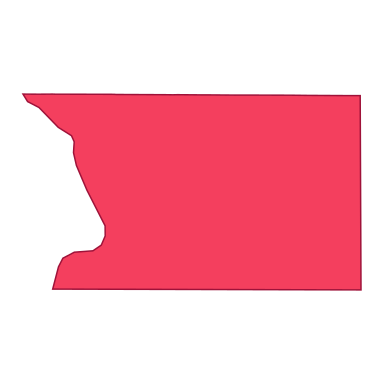 the district of Campbell, South Dakota, United States of America
{"feature_id": "52423323B49875103288406", "entity_name": "Campbell", "entity_type": "district", "adm_level": 2, "iso_a3": "USA", "parent_name": "United States of America", "parent_adm1": "South Dakota", "projection": "equal_earth", "projection_center": [-100.191, 45.769], "detail": "fine", "context": "isolated", "style": "filled", "palette": "rose", "viewbox_px": 384, "rotation_deg": 0, "n_neighbors": 0, "source": "geoboundaries", "source_scale": "gbopen_adm2", "svg_char_len": 625}
<svg xmlns="http://www.w3.org/2000/svg" viewBox="0 0 384 384"><path d="M360.2,95.6L347.3,95.6L346.7,95.6L346.2,95.6L308.1,95.4L290.3,95.2L290.2,95.2L253.3,95.1L236.2,95.1L208.7,94.9L202.2,94.9L191.7,94.8L190.9,94.8L177.4,94.7L172.9,94.8L164.8,94.7L120.0,94.5L119.6,94.5L115.9,94.5L115.4,94.4L111.6,94.3L61.4,94.2L57.2,94.2L55.4,94.2L52.7,94.1L38.8,94.2L23.0,94.1L27.6,101.6L39.0,107.5L58.3,127.4L71.5,135.7L74.2,141.8L73.5,152.7L76.4,165.4L86.9,190.1L105.1,225.8L105.2,236.0L101.3,245.1L92.9,250.8L74.3,252.2L62.9,258.2L58.5,266.8L52.7,289.1L361.0,289.9L360.2,95.6Z" fill="#f43f5e" stroke="#9f1239" stroke-width="1.5"/></svg>